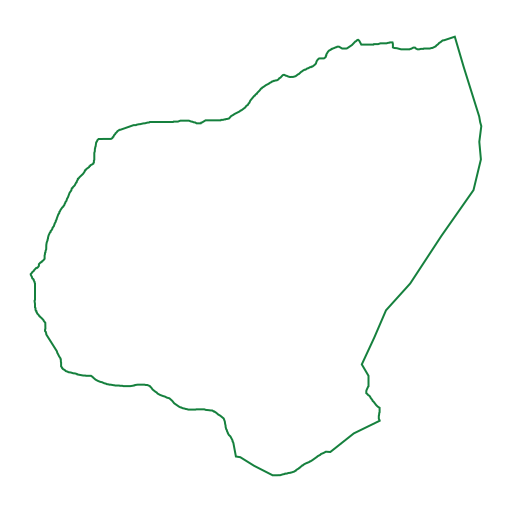 Curridabat, San José, Costa Rica
{"feature_id": "36466004B71445254022700", "entity_name": "Curridabat", "entity_type": "district", "adm_level": 2, "iso_a3": "CRI", "parent_name": "Costa Rica", "parent_adm1": "San José", "projection": "mercator", "projection_center": [-84.034, 9.916], "detail": "fine", "context": "isolated", "style": "outline", "palette": "green", "viewbox_px": 512, "rotation_deg": 0, "n_neighbors": 0, "source": "geoboundaries", "source_scale": "gbopen_adm2", "svg_char_len": 5828}
<svg xmlns="http://www.w3.org/2000/svg" viewBox="0 0 512 512"><path d="M454.8,36.7L444.0,40.3L443.1,40.3L442.4,40.6L440.5,42.2L439.2,42.9L438.1,44.2L436.2,45.6L435.8,46.3L432.3,48.0L431.5,48.0L429.9,48.5L423.9,48.5L423.4,48.9L420.8,48.9L419.2,49.3L417.5,49.3L416.0,48.6L415.0,47.6L413.3,47.6L411.2,48.8L410.3,48.9L409.7,49.3L401.0,49.3L396.8,48.2L394.3,48.0L392.9,47.4L392.9,43.9L392.5,42.4L389.9,42.4L389.1,42.8L388.2,42.8L386.6,43.3L380.5,43.3L378.2,44.1L373.9,44.1L373.5,44.6L361.3,44.6L359.2,40.7L358.1,39.8L357.3,40.0L356.1,41.2L355.3,41.5L352.0,45.0L347.1,48.3L346.4,48.5L342.1,48.5L339.0,46.7L337.2,46.7L336.5,47.2L335.7,47.3L334.3,48.0L332.8,48.5L332.3,48.9L331.5,48.9L331.0,49.6L329.0,50.6L328.0,51.7L326.3,54.5L326.3,55.4L325.9,55.8L325.9,56.7L324.6,58.0L323.9,58.4L319.6,58.4L318.8,58.6L317.6,59.8L316.6,61.3L315.9,63.6L314.6,64.9L312.4,66.6L311.5,66.6L311.1,67.1L310.2,67.1L308.1,68.3L307.3,68.4L305.5,69.7L304.6,69.7L303.1,70.5L302.0,71.4L301.2,71.8L298.9,74.0L298.1,74.3L295.6,76.2L293.2,76.9L289.8,77.0L288.1,76.5L286.6,75.8L285.8,75.7L284.4,74.9L283.5,74.9L282.7,75.2L280.5,77.6L279.1,78.4L278.7,79.1L278.3,79.5L276.9,80.3L275.2,80.5L274.4,80.9L273.5,80.9L272.8,81.4L272.0,81.5L271.4,82.1L269.4,83.1L269.0,83.6L266.0,85.1L263.5,86.9L262.2,87.6L261.8,88.3L261.0,88.6L259.7,90.4L257.2,92.9L256.9,93.7L256.2,94.0L255.3,94.8L254.9,95.6L254.1,96.0L250.3,100.6L249.3,102.9L248.6,103.4L248.0,104.7L247.5,105.2L246.8,105.5L245.8,106.5L245.4,107.3L241.3,110.4L240.6,110.5L239.5,111.5L234.3,114.1L233.6,114.7L231.1,116.1L229.0,118.5L226.9,119.0L226.1,119.0L225.4,119.4L224.5,119.4L222.9,119.9L221.1,119.9L220.7,120.3L205.6,120.3L202.0,122.5L201.2,122.6L200.8,123.3L196.5,123.3L195.3,122.5L193.7,122.3L192.1,121.6L191.3,121.6L189.0,120.7L180.3,120.7L177.9,121.6L173.6,121.6L173.1,122.0L149.8,122.0L149.1,122.5L147.4,122.6L145.0,123.3L143.3,123.4L140.0,124.2L139.1,124.2L136.7,124.7L136.0,125.1L133.7,125.1L120.3,129.8L119.4,129.8L118.8,130.4L117.5,131.1L116.6,132.4L115.5,133.3L115.2,134.1L114.0,135.3L113.4,136.8L112.7,137.2L112.5,137.9L111.5,138.7L110.7,138.9L98.6,139.0L97.4,140.2L96.8,141.7L96.2,142.3L95.6,146.5L95.2,147.2L95.2,148.0L94.9,148.8L94.8,151.3L94.3,152.9L94.3,159.9L93.9,160.6L93.9,162.4L93.5,162.8L93.4,163.6L92.0,164.5L90.5,165.2L90.1,166.0L89.4,166.3L89.1,167.1L86.4,169.0L85.6,170.1L84.9,170.4L84.8,171.3L83.1,173.8L79.6,177.1L78.6,178.4L77.9,178.7L77.9,179.6L77.5,180.0L76.7,181.6L76.6,182.4L76.0,182.8L74.7,185.4L72.8,187.3L72.5,188.0L71.8,188.3L71.3,190.4L69.6,192.8L67.9,197.4L67.1,198.6L66.4,200.9L65.3,202.3L65.2,203.1L64.7,203.8L64.2,205.3L63.6,205.8L63.3,206.6L62.3,207.4L60.5,210.0L59.9,211.4L59.3,212.0L59.3,212.9L58.9,213.7L58.4,214.1L56.7,218.7L56.6,219.5L55.8,220.7L55.8,221.6L54.6,223.6L54.5,224.4L54.1,225.1L54.0,225.9L52.5,227.9L52.4,228.7L51.6,230.1L50.6,231.2L50.6,232.0L49.9,232.6L48.6,235.4L48.0,237.7L48.0,238.6L47.6,239.3L47.6,240.1L46.7,242.5L46.3,245.0L46.2,249.3L45.6,250.8L45.4,252.5L45.0,252.9L44.9,254.6L44.6,255.3L44.6,258.8L43.2,260.5L42.5,260.9L41.9,261.5L41.5,262.2L40.7,262.3L38.9,264.2L38.9,265.9L38.1,267.0L37.2,267.9L36.3,267.9L35.9,268.3L34.1,270.2L33.7,271.0L32.4,272.0L31.6,273.2L30.7,274.1L30.8,274.9L32.0,277.1L32.1,277.9L32.5,278.6L33.1,278.9L33.7,279.6L33.7,280.4L34.6,281.9L34.6,282.7L35.0,283.4L35.0,299.9L34.6,300.5L34.6,301.4L35.0,303.9L35.0,307.4L35.5,308.1L35.5,309.8L35.8,310.6L36.3,310.9L36.3,311.8L36.8,312.2L37.2,313.5L38.5,314.8L39.4,316.2L40.0,316.5L40.4,317.2L41.1,317.6L43.4,320.0L43.7,320.8L45.3,322.8L45.4,328.8L45.1,329.3L45.0,331.0L45.8,331.9L45.9,332.7L46.2,333.2L46.3,334.5L56.9,351.3L57.3,352.9L57.6,353.3L59.2,356.5L60.5,358.4L60.5,359.0L60.8,359.3L60.9,362.0L61.1,362.5L61.1,366.4L62.2,367.8L62.2,368.3L62.7,368.6L63.0,369.1L64.7,370.0L65.8,371.1L67.7,371.7L68.4,372.2L70.8,372.5L73.3,373.3L74.9,373.4L77.0,374.0L77.2,374.4L83.0,375.5L85.7,375.6L86.0,375.8L91.0,375.8L91.9,376.5L92.4,376.7L93.2,377.6L95.5,379.6L97.9,380.9L100.4,381.9L102.0,382.2L104.3,383.3L105.9,383.6L106.6,384.1L108.8,384.4L109.3,384.7L110.9,384.7L113.5,385.2L114.6,385.3L115.1,385.5L119.0,385.5L120.0,385.8L122.3,385.8L123.3,386.1L130.5,386.1L134.2,385.5L134.4,385.2L135.0,385.2L135.3,385.0L137.4,384.7L144.6,384.7L145.7,385.0L147.3,385.0L149.9,386.1L150.4,386.9L151.1,387.4L152.6,389.5L155.6,391.9L156.6,392.4L157.5,393.5L160.0,394.9L162.9,396.0L165.0,396.6L166.8,397.6L169.4,398.3L172.2,400.8L174.2,403.3L179.1,406.7L180.5,407.4L181.1,407.4L182.6,408.2L184.7,408.6L185.7,409.0L186.8,409.1L188.3,409.6L195.5,409.6L196.4,409.3L204.2,409.3L205.8,409.9L209.1,410.2L210.1,410.4L212.3,410.5L213.5,411.3L214.0,411.3L214.3,411.8L214.8,411.8L215.6,412.3L217.7,414.0L218.0,414.4L220.3,415.7L223.7,418.5L224.8,421.5L225.1,423.7L225.6,425.8L225.6,426.9L226.3,429.4L226.7,429.8L227.1,431.4L227.8,432.6L227.8,433.1L228.9,435.0L230.4,436.4L232.5,440.4L232.6,441.5L233.1,442.2L233.4,443.1L235.9,456.5L240.3,457.2L254.1,465.8L272.7,475.3L280.2,475.2L282.6,474.4L284.7,474.0L285.1,473.6L286.8,473.6L288.3,473.0L290.4,472.8L290.9,472.5L291.4,472.5L294.4,471.5L294.8,471.1L295.8,470.7L296.2,470.0L299.0,468.3L299.2,467.9L300.2,467.4L300.4,467.0L302.1,465.7L302.4,465.3L302.9,465.3L304.2,464.2L307.1,462.8L307.6,462.8L308.1,462.4L309.1,462.1L309.9,461.4L310.4,461.4L312.3,460.2L317.2,456.7L317.5,456.3L320.3,454.8L321.0,454.0L323.5,453.0L325.9,451.7L330.3,452.0L353.8,433.4L380.4,420.4L379.9,420.4L379.3,419.9L378.8,418.6L378.8,415.8L379.0,415.4L379.3,412.7L379.6,412.3L379.6,407.8L377.7,406.6L376.1,405.0L373.6,401.7L372.7,401.0L372.3,400.0L370.6,397.8L370.2,396.9L369.4,395.8L368.1,395.0L367.4,394.1L366.3,393.2L366.3,391.0L366.6,390.0L368.1,386.7L368.5,386.3L368.5,375.8L361.8,364.4L374.3,337.5L386.0,310.3L410.2,283.5L441.4,235.9L473.5,190.1L480.9,159.4L479.3,141.8L481.3,126.1L480.2,122.3L479.2,116.5L463.7,67.0L454.8,36.7Z" fill="none" stroke="#15803d" stroke-width="2"/></svg>